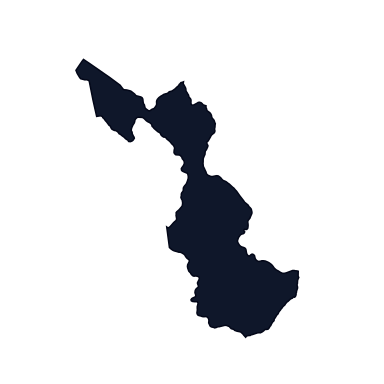 outline of Cônego Marinho, Minas Gerais, Brazil, rotated 167°
{"feature_id": "56859067B75247636863248", "entity_name": "Cônego Marinho", "entity_type": "district", "adm_level": 2, "iso_a3": "BRA", "parent_name": "Brazil", "parent_adm1": "Minas Gerais", "projection": "orthographic", "projection_center": [-44.593, -15.041], "detail": "fine", "context": "isolated", "style": "filled", "palette": "ink", "viewbox_px": 384, "rotation_deg": 167, "n_neighbors": 0, "source": "geoboundaries", "source_scale": "gbopen_adm2", "svg_char_len": 6036}
<svg xmlns="http://www.w3.org/2000/svg" viewBox="0 0 384 384"><g transform="rotate(167 192 192)"><path d="M175.5,301.3L176.7,301.1L178.2,301.1L179.3,300.2L180.3,299.7L181.1,298.6L182.5,298.0L185.5,296.2L187.2,295.5L188.5,295.0L189.6,294.8L190.8,294.9L191.9,294.7L192.9,294.0L194.1,293.6L195.8,293.6L197.5,293.5L199.3,292.8L200.8,292.4L203.1,291.4L205.0,290.0L205.9,288.8L206.3,287.8L206.5,286.4L206.9,285.0L207.9,283.8L209.4,282.5L210.5,281.8L212.2,281.7L215.0,280.6L216.0,280.9L217.4,282.5L218.3,283.6L218.8,284.6L218.8,287.6L219.3,288.7L219.4,290.4L219.2,292.0L219.0,293.6L219.4,295.1L220.4,296.1L223.4,297.7L224.5,298.2L225.3,299.1L225.8,300.3L228.6,303.8L229.7,304.6L232.6,306.1L235.1,306.9L235.9,307.6L237.4,310.8L237.9,312.1L245.9,321.5L262.3,339.6L267.9,345.6L269.6,344.2L273.3,340.8L277.7,336.7L277.2,333.4L275.7,328.8L275.0,327.4L271.0,325.3L270.0,325.3L268.5,324.6L267.2,323.4L267.8,303.8L267.9,287.1L264.9,286.9L263.5,286.6L262.3,285.6L262.2,284.5L261.4,283.6L260.3,280.9L259.5,279.6L257.8,275.6L256.9,274.8L256.3,272.1L255.8,271.1L253.9,269.5L252.2,268.8L250.9,267.4L250.3,266.2L249.9,265.1L248.7,264.2L247.8,262.9L245.6,260.4L245.0,259.2L244.0,258.0L242.9,257.1L242.4,255.5L240.8,254.9L239.1,255.1L237.8,255.7L236.1,257.3L236.1,258.5L236.5,259.5L237.1,262.2L236.9,263.8L237.4,265.4L236.9,267.0L236.1,268.4L235.4,269.3L234.7,270.3L232.6,272.4L231.9,273.7L231.4,275.0L230.2,276.1L229.1,276.8L227.7,277.0L223.9,275.9L223.0,275.4L222.2,274.5L220.4,271.6L219.2,270.3L218.0,269.4L217.2,268.6L216.5,267.7L216.1,266.7L216.1,264.9L215.2,263.7L214.7,262.5L211.7,258.4L210.0,257.0L209.6,255.9L209.3,254.4L208.4,253.0L207.3,251.9L206.2,251.6L205.3,250.9L204.6,249.3L202.5,246.6L201.7,245.3L201.2,244.1L200.6,243.0L199.9,242.1L199.4,240.9L199.1,239.6L199.2,238.3L199.9,237.0L200.4,235.5L200.7,234.3L200.3,233.1L199.4,231.9L195.8,230.8L195.0,229.9L194.1,228.3L194.0,226.6L193.3,225.4L192.8,224.0L192.9,222.1L193.4,221.0L194.2,220.0L195.1,219.1L196.3,218.1L197.2,217.1L197.3,215.6L196.8,214.6L195.6,213.6L192.4,211.3L192.1,210.3L192.1,208.8L192.2,207.7L192.6,206.2L194.0,203.7L195.3,201.8L196.2,200.8L197.7,199.8L199.2,198.4L199.8,197.1L200.1,195.5L201.2,194.3L202.2,193.5L202.9,192.4L203.2,190.9L204.0,189.3L203.9,187.9L203.4,186.3L203.5,184.6L203.6,183.4L204.5,180.9L205.4,180.0L208.6,177.6L211.4,176.1L212.2,175.3L212.3,174.1L212.8,172.8L213.0,169.3L213.9,167.8L215.4,167.1L216.8,166.3L219.5,164.3L221.1,163.2L222.6,162.5L223.7,162.7L224.5,163.6L226.5,143.0L225.5,141.5L224.3,140.1L223.6,139.4L222.5,138.6L220.1,137.3L218.6,136.4L217.3,136.0L216.2,135.5L214.0,133.4L213.2,132.2L212.7,130.4L211.8,128.6L210.9,127.5L210.0,126.3L210.3,124.9L212.6,122.1L213.2,120.5L213.3,118.8L213.1,116.9L212.9,115.5L212.3,114.5L211.7,113.6L211.5,112.6L210.8,111.2L209.9,110.0L208.9,109.5L207.5,109.4L205.9,108.8L204.9,108.1L204.2,107.2L204.4,105.9L205.1,104.7L206.1,103.6L207.2,102.1L207.1,100.4L206.8,98.7L207.9,97.6L209.3,97.0L210.4,96.1L211.0,95.3L211.5,94.1L211.8,93.1L211.6,91.6L211.7,89.8L212.8,89.0L215.0,88.6L216.2,88.2L217.2,87.3L217.2,86.2L216.3,85.3L214.2,84.5L212.7,84.2L211.5,83.8L211.1,82.2L212.7,79.1L213.1,77.3L213.3,76.0L214.4,73.1L214.4,72.0L214.0,70.8L213.0,70.0L211.5,69.3L210.0,68.3L208.6,67.8L206.5,67.5L205.6,67.0L204.8,66.0L204.4,64.6L204.4,63.1L205.2,60.7L204.8,58.8L204.5,57.3L203.5,56.2L201.4,55.2L200.5,54.5L198.9,54.5L197.0,54.9L196.0,54.6L190.3,54.7L188.7,54.4L185.9,52.5L185.3,51.3L184.5,50.0L182.2,48.7L181.6,47.6L179.4,46.2L176.1,44.7L174.4,42.3L173.9,41.1L172.4,38.4L171.2,39.4L168.9,39.4L167.7,39.1L166.6,39.5L165.1,39.5L159.9,40.0L158.3,39.8L157.0,39.4L155.0,39.9L153.2,40.7L152.0,41.6L150.3,41.3L148.8,41.2L147.4,42.2L146.3,43.5L145.3,44.1L144.5,45.2L142.7,47.2L141.7,47.6L140.9,48.4L140.5,49.7L139.6,50.4L138.0,52.0L137.4,52.9L136.2,53.4L135.2,54.4L134.5,55.4L133.5,56.3L132.6,56.9L131.6,57.9L130.4,58.7L129.4,59.7L128.6,60.2L127.0,61.0L126.0,62.1L124.1,63.5L123.1,63.8L120.1,65.6L118.0,66.0L116.8,66.9L115.7,66.4L114.8,66.9L114.1,67.8L113.6,68.8L113.4,69.9L112.8,70.7L112.4,71.9L110.7,74.7L110.5,76.1L110.6,77.9L109.9,79.0L109.0,82.1L108.1,83.5L107.2,84.7L107.5,86.2L106.7,89.4L106.3,90.9L107.4,91.5L109.1,92.0L110.2,92.6L111.5,92.9L118.4,92.0L120.5,92.0L122.2,92.5L123.8,93.7L125.8,95.8L127.3,97.0L128.9,99.2L130.1,102.1L130.9,103.5L132.6,105.5L133.7,106.5L136.0,108.2L137.8,108.9L139.3,109.3L140.7,109.2L142.2,109.3L143.2,109.6L144.1,110.4L145.0,111.7L145.4,113.1L145.4,116.0L146.2,117.3L147.4,118.0L148.8,117.6L150.3,116.7L151.6,117.2L152.3,118.6L152.6,119.9L152.4,124.1L153.0,125.4L154.1,126.3L155.2,126.9L156.5,127.8L157.6,129.2L158.1,130.5L158.8,132.9L158.6,134.4L157.3,136.6L156.6,137.5L154.4,139.4L152.9,139.8L151.5,139.8L150.5,140.2L149.6,141.3L150.3,142.9L149.3,143.9L148.2,143.4L147.1,143.2L145.9,144.0L145.4,145.1L144.9,146.6L144.6,148.2L144.4,150.4L143.7,151.7L141.5,153.4L140.7,154.6L138.5,157.6L138.1,158.9L138.1,162.0L138.8,163.5L139.7,164.8L140.3,166.7L143.1,170.3L143.6,171.8L146.3,177.6L148.4,182.8L149.2,184.1L150.4,186.5L151.3,187.5L153.9,191.4L154.8,192.3L156.3,194.2L157.6,195.3L158.6,195.9L159.4,196.7L160.1,197.9L160.8,199.4L161.8,200.7L162.7,201.7L164.1,202.3L165.2,202.4L168.7,202.5L170.1,202.9L172.5,204.6L173.4,205.7L173.8,206.8L173.9,208.6L174.3,210.1L174.5,211.4L175.2,214.4L174.8,217.6L174.4,218.7L173.6,221.9L172.3,223.9L170.9,225.7L170.1,228.3L169.4,229.3L168.5,229.9L166.4,232.7L166.0,233.9L166.5,234.9L166.5,237.3L165.4,237.7L164.6,238.3L161.6,241.5L160.9,242.4L160.0,243.2L156.8,244.8L155.9,246.3L155.9,247.8L155.6,248.9L155.0,250.1L154.5,251.9L153.9,253.4L154.2,254.7L154.3,256.4L154.7,257.8L155.6,259.1L155.9,260.5L155.8,262.4L156.2,264.1L156.9,265.5L157.7,266.3L159.1,268.0L159.1,269.9L159.4,271.5L158.9,272.8L161.5,274.4L162.2,275.8L163.1,277.0L164.5,277.8L165.8,277.9L166.8,277.5L170.8,276.4L172.3,276.5L173.1,277.8L172.9,279.6L172.4,281.1L172.3,282.5L172.6,283.5L173.5,284.9L173.6,286.0L173.6,287.3L174.1,288.6L174.4,289.8L174.8,290.8L175.1,291.9L174.9,293.2L174.8,294.5L175.1,295.9L176.2,299.6L175.5,301.3Z" fill="#0f172a" stroke="#020617" stroke-width="1.5"/></g></svg>